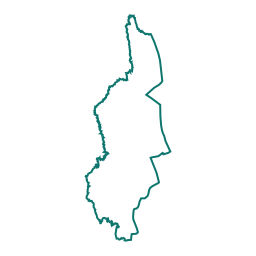 Khagrachhari, Chittagong, Bangladesh (Natural Earth projection)
{"feature_id": "16705992B35326431749719", "entity_name": "Khagrachhari", "entity_type": "district", "adm_level": 2, "iso_a3": "BGD", "parent_name": "Bangladesh", "parent_adm1": "Chittagong", "projection": "natural_earth1", "projection_center": [91.852, 23.211], "detail": "fine", "context": "isolated", "style": "outline", "palette": "teal", "viewbox_px": 256, "rotation_deg": 0, "n_neighbors": 0, "source": "geoboundaries", "source_scale": "gbopen_adm2", "svg_char_len": 5809}
<svg xmlns="http://www.w3.org/2000/svg" viewBox="0 0 256 256"><path d="M124.6,240.4L126.3,240.6L127.8,240.1L130.9,239.9L131.7,234.1L135.9,233.8L136.9,233.4L137.9,232.2L136.9,228.5L133.3,219.4L133.1,217.2L133.3,213.6L133.7,210.3L134.2,209.1L136.4,208.5L137.8,207.4L138.7,205.3L139.7,201.2L141.1,198.4L144.9,198.3L147.4,196.2L148.3,194.2L149.2,189.8L150.3,187.8L152.5,186.1L158.0,183.2L159.0,182.4L156.5,172.7L150.6,157.8L152.1,157.3L158.4,156.2L162.6,152.9L163.1,153.3L163.0,154.1L163.3,154.3L168.0,153.0L170.3,151.5L165.5,141.0L164.3,136.2L162.8,133.0L161.8,129.3L161.1,125.2L160.4,116.4L160.2,104.8L150.7,97.7L146.3,94.8L154.0,87.9L159.3,84.6L161.5,82.4L162.3,81.0L160.0,60.4L158.4,53.6L154.3,42.0L150.9,34.2L150.0,34.0L149.0,34.7L148.0,33.9L146.7,33.8L145.9,34.3L144.9,33.9L144.7,33.3L143.7,32.9L142.9,31.8L141.6,31.9L142.0,31.2L141.8,30.8L141.2,30.9L140.5,31.5L139.9,30.7L139.1,30.7L138.8,29.1L137.6,29.0L137.5,27.6L137.0,27.2L136.7,25.6L136.5,24.4L135.6,22.6L135.6,21.8L134.9,19.3L134.9,17.9L134.1,17.8L133.7,15.7L131.7,16.5L131.5,15.6L130.9,15.7L130.3,15.4L129.8,15.5L129.9,15.9L129.3,16.3L129.3,17.2L128.7,17.2L128.8,18.3L129.4,18.3L128.3,19.9L128.6,20.5L128.5,21.5L129.0,21.9L128.7,22.5L129.0,23.1L129.9,23.4L129.9,24.2L127.0,24.3L126.9,25.3L126.2,25.5L125.7,26.2L126.7,28.2L126.6,28.6L127.2,29.4L126.9,29.7L126.9,31.4L126.7,31.6L127.0,32.2L126.8,32.5L127.4,33.1L128.0,34.5L127.7,35.0L128.0,36.3L127.2,36.9L127.7,38.2L128.0,38.2L128.2,38.8L128.0,39.4L128.9,40.7L129.0,41.9L129.3,42.3L129.2,43.8L128.9,44.2L129.6,46.6L129.4,47.2L129.8,48.2L129.6,49.6L130.2,50.5L129.9,51.3L130.3,52.1L129.8,53.3L130.2,54.5L129.8,54.9L131.2,58.3L131.1,58.7L130.2,58.9L129.7,60.3L130.4,61.9L131.2,61.8L131.0,62.1L131.5,62.6L131.3,63.2L131.8,63.6L132.4,65.3L132.0,66.0L132.7,67.5L132.4,67.6L132.0,68.6L132.3,69.7L132.1,71.0L131.7,70.6L130.1,70.3L130.2,71.7L129.8,71.1L129.5,71.2L128.2,72.4L128.2,73.1L127.8,73.2L127.7,72.8L127.1,73.2L126.2,73.1L126.5,73.7L126.4,74.7L127.0,76.5L126.8,77.2L127.3,79.8L126.9,79.8L126.4,80.4L125.8,80.2L125.9,79.8L125.6,79.7L123.9,80.2L123.5,79.2L122.9,78.9L122.2,79.4L121.3,79.5L119.6,78.7L119.4,79.7L118.8,80.6L118.1,80.2L117.3,80.3L117.6,81.1L117.3,81.6L115.4,82.6L114.9,83.3L114.9,84.4L113.7,84.7L112.5,86.3L111.5,86.0L110.8,86.5L109.7,86.4L109.8,87.3L109.0,87.6L109.2,89.9L108.1,90.3L108.4,93.7L107.5,93.9L107.3,94.9L107.1,95.1L106.8,94.7L106.2,95.3L106.1,97.6L105.1,97.9L104.9,98.9L104.4,99.4L104.0,99.0L103.3,99.4L103.4,99.9L102.8,100.3L103.1,100.9L102.6,101.8L101.6,101.8L100.4,102.5L100.1,103.2L98.6,103.7L97.9,105.1L96.8,105.5L96.5,106.4L96.2,106.2L95.5,107.0L95.2,106.9L95.3,107.8L94.8,108.3L94.8,108.9L95.0,110.1L94.9,110.6L94.5,110.8L94.8,111.1L94.5,111.8L94.8,112.1L94.4,112.4L94.6,113.0L94.9,113.0L94.7,113.8L95.0,113.8L95.0,114.4L95.5,114.6L95.3,114.8L95.6,115.0L95.9,115.0L95.8,114.8L96.0,114.7L96.6,115.3L97.5,115.5L97.4,116.8L97.2,117.1L97.6,117.6L97.5,118.1L97.1,118.2L97.5,118.6L97.7,118.3L98.0,118.9L97.7,119.3L98.1,120.3L97.3,121.1L97.9,122.0L98.2,121.5L98.1,121.1L98.6,121.1L99.0,122.0L98.8,122.0L98.8,123.4L99.5,124.2L99.4,124.5L100.0,124.6L99.8,125.0L100.0,124.9L100.1,125.4L99.8,125.8L100.2,126.5L99.5,126.8L99.4,127.1L100.1,127.7L100.0,128.4L100.3,128.4L100.1,128.8L99.6,128.7L99.6,129.5L100.3,130.6L100.9,130.9L100.7,131.0L100.9,131.4L101.2,131.3L101.3,132.7L100.6,133.3L101.0,133.3L101.2,133.8L101.8,133.9L102.7,134.9L102.2,135.4L102.4,135.9L102.8,135.7L102.5,136.0L102.9,136.5L102.6,136.4L102.7,136.8L102.5,137.2L103.4,137.9L102.9,138.5L102.7,139.6L103.5,140.4L103.4,141.1L104.2,142.2L104.0,142.5L103.6,142.3L103.1,144.2L103.5,144.7L103.6,144.0L103.7,144.6L104.3,144.7L104.3,145.2L103.8,145.3L104.1,145.7L103.7,146.5L103.9,147.0L103.6,147.2L103.9,147.8L104.4,147.8L104.9,149.3L104.5,149.7L104.8,150.1L104.8,151.5L104.0,152.1L105.3,152.5L105.4,152.0L106.1,152.1L107.2,152.6L107.4,153.1L107.7,152.9L108.1,153.4L107.6,153.5L107.6,153.9L107.3,154.1L106.9,153.7L106.6,154.3L105.7,154.8L106.0,155.4L105.2,156.2L104.9,155.6L104.3,156.1L104.7,156.4L104.8,157.1L104.5,157.4L104.9,157.8L104.5,158.0L104.0,157.6L104.1,158.2L103.7,158.5L103.8,159.2L102.7,159.0L102.7,159.9L101.5,159.4L100.5,160.0L100.4,159.5L100.8,158.9L100.5,158.6L99.8,158.6L99.7,158.0L99.5,158.4L99.6,159.0L99.1,158.7L98.9,158.0L97.0,158.5L96.8,159.1L97.8,160.4L97.9,161.0L97.5,161.3L98.4,163.0L98.4,163.8L98.6,164.5L98.7,165.4L98.4,166.1L97.8,165.6L98.1,167.2L97.0,167.6L96.7,166.5L97.0,165.1L96.5,164.5L95.9,164.6L95.8,164.9L96.5,166.3L95.9,166.1L94.6,167.0L94.7,167.8L93.2,168.7L91.8,171.0L91.5,172.0L88.3,173.7L87.3,176.1L86.7,176.3L86.0,175.9L85.7,176.3L86.3,177.0L86.9,179.7L86.7,180.0L87.7,182.3L88.7,182.9L88.3,183.5L88.2,184.6L88.6,185.2L88.2,185.9L89.1,186.2L88.2,186.7L88.5,187.0L88.1,187.5L87.6,189.9L87.8,190.6L87.4,191.9L87.8,192.8L87.7,193.6L88.1,193.5L86.7,196.3L86.5,197.8L87.0,198.6L88.4,199.7L88.9,199.7L88.6,200.8L89.6,201.2L90.3,200.8L90.8,201.1L91.7,200.9L92.3,202.3L93.5,203.1L93.8,205.0L93.6,205.6L93.6,207.1L94.3,208.0L94.6,209.0L95.3,209.6L95.0,210.4L95.5,212.9L95.9,213.1L96.0,214.0L96.6,214.9L97.2,217.8L98.6,219.6L99.8,220.1L99.5,221.2L100.5,222.1L100.3,223.2L100.6,223.3L101.3,222.5L101.1,221.2L102.2,220.9L102.3,219.5L102.8,218.4L103.8,217.9L104.9,218.0L105.6,218.7L107.9,218.5L107.8,219.1L107.1,219.8L107.1,221.3L107.5,221.7L108.1,221.4L108.4,220.3L108.6,221.0L109.1,221.1L109.9,222.2L111.0,222.9L110.8,222.1L111.3,221.9L111.5,221.1L111.9,221.3L111.9,222.3L112.5,223.0L111.5,224.6L111.8,225.7L114.0,224.4L115.1,223.4L115.4,223.6L115.8,223.3L116.4,223.8L117.3,223.8L117.7,224.4L117.5,225.2L117.7,225.8L118.5,226.2L118.8,226.7L118.5,227.3L118.0,227.2L117.4,226.4L116.9,226.5L116.7,226.9L115.5,234.1L116.6,238.6L118.0,238.5L119.2,239.6L120.3,239.2L121.3,238.1L122.0,238.7L123.5,237.9L124.7,238.9L124.8,239.7L124.6,240.4Z" fill="none" stroke="#0f766e" stroke-width="2"/></svg>